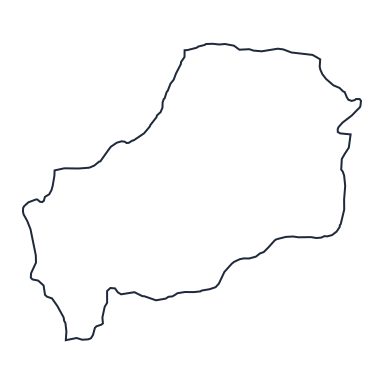 the district of Quezaltepeque, Chiquimula, Guatemala
{"feature_id": "79465075B70587573094312", "entity_name": "Quezaltepeque", "entity_type": "district", "adm_level": 2, "iso_a3": "GTM", "parent_name": "Guatemala", "parent_adm1": "Chiquimula", "projection": "albers", "projection_center": [-89.461, 14.613], "detail": "fine", "context": "isolated", "style": "outline", "palette": "slate", "viewbox_px": 384, "rotation_deg": 0, "n_neighbors": 0, "source": "geoboundaries", "source_scale": "gbopen_adm2", "svg_char_len": 2223}
<svg xmlns="http://www.w3.org/2000/svg" viewBox="0 0 384 384"><path d="M249.3,258.5L251.2,257.9L255.8,256.7L260.0,253.4L263.7,252.1L268.2,247.6L274.8,240.3L276.1,239.5L277.5,239.0L285.8,236.9L293.0,236.5L298.4,237.3L310.9,237.1L316.3,238.0L321.3,237.6L324.5,236.1L327.2,236.4L332.0,235.1L336.6,231.6L339.7,227.0L339.8,225.2L340.7,224.2L344.2,209.6L344.1,199.5L345.2,185.9L344.1,175.4L342.7,171.5L341.2,169.6L341.8,159.0L344.6,154.1L348.8,147.7L350.6,134.4L340.2,133.4L337.8,132.0L337.7,129.3L338.4,127.3L342.5,122.6L351.9,115.4L358.1,109.0L359.5,107.8L360.4,106.1L361.0,100.9L359.7,99.1L356.1,99.0L354.7,100.1L351.6,100.9L348.3,99.7L346.8,97.2L344.7,92.1L343.1,91.4L339.5,87.9L333.4,85.3L326.1,79.0L322.3,74.1L320.4,69.8L319.7,66.7L320.2,59.4L317.8,57.9L312.5,54.9L291.5,52.5L283.2,49.4L277.8,48.7L261.7,51.3L253.5,50.6L249.3,49.2L239.4,49.7L234.0,45.7L225.0,44.0L219.2,44.5L212.8,43.8L206.0,44.0L204.6,45.0L198.4,46.5L196.5,47.8L187.3,50.1L184.6,50.2L184.5,57.0L181.0,62.2L180.9,64.0L176.0,73.5L173.7,79.7L170.5,83.7L167.7,90.9L166.7,91.9L164.7,98.2L163.7,99.2L162.6,102.5L162.5,107.6L160.6,112.1L156.9,115.5L156.5,117.2L150.3,125.1L149.9,126.4L144.1,133.3L133.6,140.4L132.5,140.5L128.8,142.8L126.6,143.0L124.7,141.7L121.6,141.3L116.8,142.7L110.9,146.7L108.4,150.0L100.3,161.4L99.0,161.7L94.1,165.7L89.2,167.7L78.8,168.5L64.3,168.3L54.6,170.4L54.4,175.8L52.7,185.7L51.5,190.1L49.2,194.3L44.9,196.9L43.9,200.7L42.1,202.1L39.9,201.7L37.5,199.6L36.2,199.4L28.4,202.3L24.1,206.2L23.1,208.1L23.0,211.8L23.6,214.4L27.2,220.9L30.5,229.2L35.8,255.3L36.0,262.6L31.1,273.2L30.8,277.7L32.4,279.4L38.2,280.6L43.6,285.5L45.0,294.8L47.0,296.7L52.0,298.4L57.4,306.1L63.6,317.4L64.2,321.0L65.4,322.9L66.4,331.5L65.8,340.2L76.6,338.0L82.1,339.7L88.0,339.4L90.9,338.3L93.0,334.9L94.9,327.9L96.5,326.3L101.5,324.6L102.9,323.4L102.4,317.5L104.7,306.8L107.1,302.8L107.1,291.0L110.4,288.0L115.0,288.4L117.8,292.3L121.1,294.3L134.4,292.2L142.3,296.1L144.5,296.3L156.0,300.3L165.7,298.6L168.4,296.8L172.4,296.4L175.1,294.8L177.5,293.2L185.1,292.0L193.7,292.1L200.5,291.4L201.5,290.6L209.6,289.2L215.6,287.2L218.9,283.6L224.4,271.9L231.7,263.8L234.0,261.9L239.8,259.2L243.8,258.4L249.3,258.5Z" fill="none" stroke="#1e293b" stroke-width="2"/></svg>